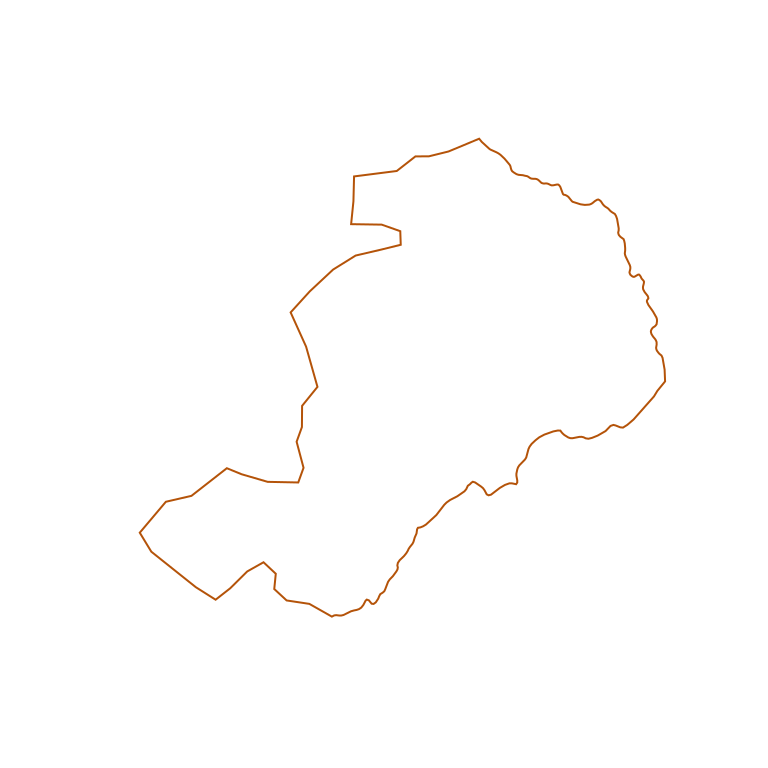 map outline of Betsiboka (Mercator projection), rotated 322°
{"feature_id": "MDG-5869", "entity_name": "Betsiboka", "entity_type": "Autonomous Province", "adm_level": 1, "iso_a3": "MDG", "parent_name": "Madagascar", "parent_adm1": "", "projection": "mercator", "projection_center": [47.384, -17.125], "detail": "fine", "context": "isolated", "style": "outline", "palette": "amber", "viewbox_px": 768, "rotation_deg": 322, "n_neighbors": 0, "source": "natural_earth", "source_scale": "10m", "svg_char_len": 3717}
<svg xmlns="http://www.w3.org/2000/svg" viewBox="0 0 768 768"><g transform="rotate(322 384 384)"><path d="M426.4,544.3L423.8,541.2L421.7,539.5L417.2,538.0L411.3,537.2L400.2,537.1L397.9,536.1L397.0,534.2L397.8,529.6L397.9,527.1L397.4,524.7L395.2,517.7L393.8,515.7L392.1,515.6L390.0,515.9L387.4,515.8L384.1,517.5L381.3,518.1L372.6,517.6L364.8,516.1L360.4,515.9L357.1,516.3L344.5,519.5L330.5,520.6L327.2,520.2L324.4,519.4L322.2,518.2L320.6,518.9L317.6,521.8L313.7,523.9L310.1,526.5L308.2,527.4L304.0,528.4L301.9,529.1L300.0,530.1L297.3,531.1L293.8,531.9L287.9,532.5L284.8,533.5L282.8,535.2L282.0,537.0L280.5,538.4L278.4,539.3L272.7,540.9L268.3,541.5L265.4,542.4L258.6,546.5L256.6,547.5L254.4,547.6L251.7,547.3L249.5,548.3L247.3,549.6L243.1,551.0L240.4,550.9L239.0,549.5L238.9,545.2L237.7,543.3L236.1,543.4L231.7,545.4L228.4,546.2L225.7,546.0L223.4,545.2L221.0,544.0L218.1,542.8L209.9,541.1L207.7,540.1L206.3,539.0L204.0,536.7L202.3,535.7L199.7,535.2L189.8,511.3L174.0,494.6L171.3,478.0L181.9,466.9L179.3,450.3L160.8,447.5L137.0,450.3L118.5,450.3L110.6,428.2L97.4,372.9L100.0,350.8L139.6,342.5L163.4,353.6L208.3,353.6L216.2,367.4L232.1,389.5L255.8,408.8L269.0,400.5L279.6,375.7L292.8,367.4L306.0,350.8L329.8,345.3L345.6,306.6L354.5,270.1L382.6,265.3L414.3,262.5L440.7,265.3L464.4,276.3L482.9,284.6L490.9,273.6L480.3,257.0L456.5,237.8L472.4,221.2L488.2,202.0L506.7,213.0L525.2,224.0L548.9,224.0L559.5,232.2L578.0,240.5L610.0,249.3L610.1,253.5L611.8,263.6L612.2,264.8L615.3,270.7L616.2,272.8L616.9,275.2L617.7,280.6L618.0,288.7L617.7,290.2L616.8,292.1L616.2,293.7L616.0,295.3L616.6,297.5L617.6,300.2L618.8,302.0L622.0,305.0L623.3,306.7L624.0,307.5L624.7,308.3L625.2,309.3L625.9,311.6L626.4,312.6L627.0,313.3L628.1,314.3L629.6,315.5L630.3,316.3L630.9,317.3L631.3,318.6L631.9,322.5L632.7,323.7L633.5,324.6L634.5,325.2L635.3,325.8L636.1,326.6L636.7,327.5L637.7,329.6L638.3,330.6L639.1,331.2L640.0,331.8L641.1,332.3L643.1,333.3L644.0,334.0L644.4,335.3L644.3,337.2L642.0,344.4L642.1,345.4L643.1,346.5L643.9,348.0L644.5,350.0L644.6,355.5L644.8,356.5L649.5,363.4L652.5,366.5L656.2,369.0L657.3,369.4L658.5,369.7L659.9,369.8L662.7,369.7L665.3,370.0L666.4,370.5L667.0,371.7L667.4,373.6L667.1,377.3L667.3,379.4L667.7,380.9L668.2,382.2L668.7,383.9L668.9,386.8L669.3,388.6L669.8,390.0L670.2,391.0L670.6,392.2L670.3,394.4L669.3,397.4L664.8,405.8L663.5,407.4L661.8,408.8L661.2,409.9L660.8,411.2L660.9,413.5L662.0,417.4L661.4,419.1L660.3,421.4L657.7,425.4L656.2,427.3L654.2,429.3L653.5,430.6L652.9,432.3L650.9,441.6L650.2,443.4L649.0,444.9L646.2,447.1L645.7,448.2L645.4,449.6L645.8,451.7L646.4,453.0L647.4,453.7L651.4,454.2L652.3,454.7L652.5,455.9L652.4,457.4L651.9,459.5L652.1,462.4L651.8,463.6L650.4,464.9L648.2,466.6L647.3,467.6L646.5,469.0L646.0,472.0L646.0,477.0L645.6,478.3L645.0,479.3L642.7,480.0L641.8,481.1L641.0,484.5L640.6,492.5L639.6,499.3L639.0,500.9L637.9,502.5L635.5,504.8L633.9,505.2L632.5,505.3L631.3,505.1L630.0,505.2L628.9,505.5L628.0,505.9L627.5,506.2L626.8,506.7L626.1,507.8L625.5,509.4L625.2,512.3L625.3,515.8L625.1,517.2L624.6,518.8L623.1,520.8L620.7,523.0L620.1,524.1L619.6,525.6L619.5,528.1L619.6,529.8L620.2,532.4L619.6,534.9L614.0,545.4L607.1,555.0L595.2,557.7L589.1,560.0L558.9,565.6L550.6,566.0L545.5,565.5L543.5,563.6L541.0,559.3L539.6,557.5L536.7,556.5L529.6,557.5L520.6,556.2L514.7,554.5L511.4,553.0L509.5,551.0L508.5,548.9L507.1,547.2L505.3,545.9L499.2,542.8L497.5,541.4L496.3,539.6L494.7,535.2L494.3,532.9L494.2,531.1L494.3,529.3L492.2,527.6L488.2,525.6L479.2,522.6L473.6,521.6L468.8,521.6L463.4,522.1L460.2,523.0L457.8,524.2L450.8,529.5L448.6,530.3L440.6,531.4L438.3,532.2L436.4,533.4L433.1,536.2L431.8,537.9L429.6,542.1L428.3,543.7L426.4,544.3Z" fill="none" stroke="#b45309" stroke-width="2"/></g></svg>